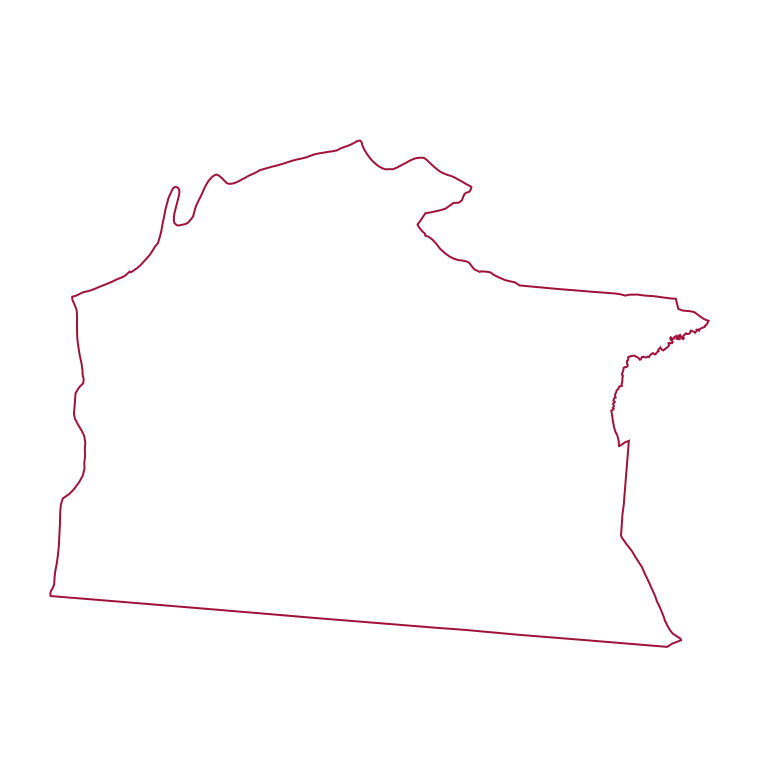 Varin, Siemréab, Cambodia, rotated 185°
{"feature_id": "14789045B34127084332177", "entity_name": "Varin", "entity_type": "district", "adm_level": 2, "iso_a3": "KHM", "parent_name": "Cambodia", "parent_adm1": "Siemréab", "projection": "robinson", "projection_center": [103.87, 13.824], "detail": "fine", "context": "isolated", "style": "outline", "palette": "rose", "viewbox_px": 768, "rotation_deg": 185, "n_neighbors": 0, "source": "geoboundaries", "source_scale": "gbopen_adm2", "svg_char_len": 6088}
<svg xmlns="http://www.w3.org/2000/svg" viewBox="0 0 768 768"><g transform="rotate(185 384 384)"><path d="M314.1,587.9L315.4,588.6L318.2,589.7L320.9,591.0L324.8,592.8L326.8,593.7L329.3,594.8L331.0,595.6L334.2,596.8L336.3,597.3L339.0,597.8L342.0,598.8L344.4,599.5L346.8,600.6L349.3,602.1L352.6,604.4L355.4,606.5L361.0,611.0L363.8,612.7L366.8,612.7L370.5,612.1L373.9,610.9L377.4,609.0L381.6,606.1L384.9,604.0L388.2,601.9L390.5,600.4L393.8,598.8L397.0,598.5L401.3,598.0L404.8,598.9L408.1,600.4L411.0,602.2L413.9,604.3L417.2,607.3L420.0,610.5L421.6,612.5L423.9,615.6L426.1,619.2L427.3,622.6L427.7,623.4L429.0,624.3L430.9,624.1L432.6,623.1L435.8,620.9L440.3,618.3L444.3,616.6L448.1,614.7L451.3,612.6L454.6,611.6L459.8,610.4L463.5,609.4L468.3,608.2L472.9,606.9L478.5,604.3L481.9,602.7L486.9,601.1L491.7,599.6L496.0,598.0L501.0,595.8L505.2,594.1L510.0,592.2L514.6,590.7L524.7,586.8L526.4,586.2L529.2,584.1L532.2,582.2L535.0,580.8L538.3,578.8L540.3,577.3L543.2,575.5L546.0,573.6L548.2,572.3L550.2,571.3L551.9,570.6L554.1,570.1L555.9,569.9L558.1,570.4L559.7,571.7L561.4,573.2L563.8,575.2L566.3,577.0L567.8,577.7L569.0,578.0L570.6,577.5L572.6,576.0L574.4,574.0L575.9,572.0L577.2,569.7L578.5,567.0L579.8,564.0L580.7,561.3L581.6,558.5L582.9,555.1L584.2,551.8L585.4,548.7L586.6,545.5L587.6,541.2L588.2,537.6L588.8,534.3L589.6,532.9L591.6,530.0L593.5,527.5L595.1,526.4L596.8,525.7L599.3,525.0L601.4,524.2L602.8,524.0L604.4,524.2L606.2,525.6L607.0,526.4L607.7,529.0L607.8,531.6L607.7,535.3L606.5,543.1L605.8,547.0L605.2,550.8L604.8,553.2L604.6,555.5L604.5,557.4L604.9,559.2L605.7,560.8L606.5,561.5L607.8,562.1L609.0,562.1L609.9,561.7L610.8,561.0L611.8,559.3L612.8,556.4L614.4,552.0L615.1,549.5L615.6,546.3L616.8,539.8L617.3,535.4L617.7,531.2L618.3,526.8L618.6,523.8L618.9,520.1L619.3,516.0L619.9,512.3L620.6,508.7L621.1,506.3L621.5,504.7L623.3,502.0L624.5,500.2L625.5,498.0L626.4,496.3L627.3,494.5L628.5,492.4L629.8,490.5L632.9,486.4L634.5,484.3L637.1,481.0L638.5,479.4L639.8,478.1L641.5,476.8L642.2,476.1L643.9,474.8L645.2,473.7L646.0,473.2L647.2,473.8L651.4,469.3L654.5,467.3L659.0,465.1L663.6,462.3L669.1,459.4L675.0,456.5L680.6,453.5L685.4,451.2L691.9,449.1L695.1,447.2L698.1,445.3L702.2,443.8L701.8,440.8L699.1,435.9L696.7,431.1L695.7,425.0L695.1,417.7L694.5,410.8L693.4,402.0L692.1,395.9L689.9,387.1L687.1,378.0L685.7,371.9L684.9,366.4L683.6,362.7L683.7,358.5L687.5,354.0L690.5,348.0L690.3,335.7L690.3,327.2L688.8,322.3L685.5,317.2L681.3,311.4L678.2,306.3L676.4,299.4L676.4,293.2L675.5,286.3L675.7,279.4L675.0,273.8L676.1,266.5L679.1,259.7L683.7,252.2L687.7,247.2L694.0,242.0L695.4,235.7L695.4,227.9L694.6,216.1L694.3,206.9L693.8,195.1L694.0,183.3L694.3,177.4L695.2,168.4L695.2,167.0L695.3,164.5L695.3,162.2L695.2,158.8L695.1,156.4L695.4,154.6L696.0,152.4L696.9,150.5L697.7,148.8L698.1,146.6L698.0,145.1L697.7,143.7L588.2,144.3L526.2,144.6L431.4,144.9L310.5,145.7L283.3,146.1L230.2,145.9L160.1,146.4L79.1,146.8L78.4,147.3L77.4,148.0L76.1,149.1L74.2,150.5L65.8,154.6L66.1,155.8L67.6,156.8L69.2,157.6L71.8,159.0L73.8,160.0L75.4,161.3L77.4,163.5L79.7,166.5L81.7,169.9L83.5,172.7L85.1,176.6L88.8,183.8L90.3,186.6L93.1,191.1L95.2,195.9L96.9,199.1L99.4,203.4L101.4,207.1L104.3,212.2L107.1,216.8L109.5,221.2L111.3,224.4L115.0,229.1L117.8,232.7L120.2,236.0L122.4,239.1L125.4,242.4L128.2,245.2L131.0,248.6L133.8,251.9L134.8,254.2L134.7,257.4L134.8,261.1L135.0,270.8L135.1,274.7L134.9,279.3L134.7,283.1L134.6,286.3L134.7,289.4L135.1,348.7L139.1,346.7L143.6,343.0L144.5,342.7L145.2,347.7L147.1,353.2L149.5,356.9L151.2,361.5L153.4,369.8L154.3,373.8L155.3,377.3L153.8,378.2L153.0,379.2L154.0,380.1L153.3,381.1L153.0,382.0L153.8,383.5L154.1,384.5L152.9,385.4L152.5,386.4L154.1,387.5L153.7,388.9L153.3,390.1L152.1,390.6L152.6,391.6L152.7,392.7L152.9,393.9L152.0,395.8L151.9,397.2L151.5,398.2L150.8,398.7L149.9,400.0L149.7,401.2L149.1,402.2L147.9,402.4L146.8,403.0L147.2,404.0L147.3,405.2L146.9,406.5L146.9,407.3L146.8,408.7L147.0,410.1L147.1,411.1L146.7,412.2L146.8,413.3L147.9,414.2L147.3,416.6L146.9,417.9L146.7,419.9L146.7,420.9L146.1,421.5L145.3,421.8L144.3,421.8L143.0,422.8L142.9,424.5L143.7,425.3L143.9,426.8L143.8,428.3L142.9,429.1L142.8,430.1L143.1,431.0L142.9,432.2L141.9,432.4L140.6,433.4L139.5,433.5L138.6,433.8L136.6,434.0L135.1,433.2L133.9,432.8L132.4,431.9L131.4,430.5L130.5,430.7L129.7,432.4L129.4,433.3L127.7,433.8L125.8,433.2L125.0,433.4L123.7,434.2L122.4,433.9L122.0,434.7L121.6,435.7L120.7,436.7L119.7,437.5L118.8,438.3L117.5,437.2L116.1,437.2L115.3,438.8L114.4,439.9L113.3,440.4L113.8,441.2L113.5,442.6L112.4,443.5L111.8,444.5L111.2,443.5L110.1,442.4L108.7,441.8L107.6,442.9L106.7,443.7L105.6,444.6L105.0,445.1L104.2,446.0L103.3,447.4L104.0,448.4L104.1,449.6L102.4,449.7L100.7,449.7L100.0,450.9L100.9,452.1L102.1,452.8L102.8,454.5L102.4,455.5L100.2,454.0L98.6,454.9L98.8,456.2L97.5,456.9L96.7,457.5L96.2,455.5L96.3,454.6L94.7,454.3L93.4,454.5L93.8,456.1L94.5,456.7L94.5,457.9L93.3,458.7L91.8,456.3L90.7,455.1L89.8,454.8L89.3,455.6L89.6,456.5L90.2,457.3L89.9,458.3L89.1,458.9L88.3,460.1L87.6,460.8L86.8,460.3L85.9,460.2L84.6,460.7L83.8,461.1L83.5,462.2L83.1,463.9L82.1,463.8L80.8,463.3L79.6,462.9L78.6,462.2L78.1,463.0L77.0,464.4L77.3,465.3L76.3,465.6L75.6,464.9L74.8,464.6L74.8,465.7L73.2,466.9L72.3,467.4L71.1,468.0L69.5,468.8L69.5,469.8L67.9,471.1L67.1,472.8L66.2,475.3L67.9,475.6L71.3,476.8L75.5,479.2L81.2,482.7L85.7,483.2L92.8,483.2L97.3,484.5L99.2,489.7L100.7,494.4L104.3,494.2L112.5,494.5L122.7,495.0L131.9,494.8L139.4,495.2L147.6,494.3L151.3,493.1L157.1,494.1L161.5,494.3L186.9,494.0L194.8,494.0L219.9,493.8L257.6,494.0L262.5,496.7L267.5,497.3L272.5,498.1L277.7,499.8L284.7,502.5L287.3,504.4L292.1,504.8L297.0,504.7L298.4,504.0L304.1,506.1L306.4,508.5L309.7,512.2L313.1,513.4L316.8,513.8L320.4,513.9L324.9,514.8L329.4,516.5L334.6,519.6L339.9,523.6L344.5,528.6L348.4,532.1L352.4,534.6L355.7,535.3L356.4,537.4L359.5,539.7L363.1,543.6L364.5,546.0L362.3,549.3L359.4,554.5L357.7,557.7L352.9,558.9L345.2,561.3L338.3,563.8L333.5,567.9L330.5,570.4L325.3,571.1L322.4,573.9L320.6,579.9L319.0,581.6L315.7,583.0L314.4,585.7L314.1,587.9Z" fill="none" stroke="#9f1239" stroke-width="2"/></g></svg>